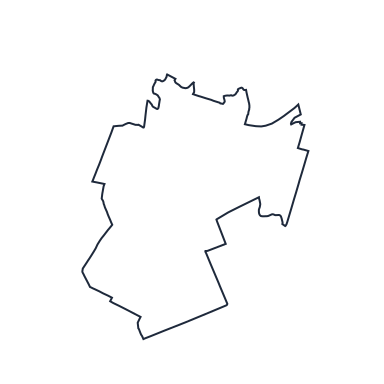 Soldanu, Calarasi, Romania, rotated 156°
{"feature_id": "2599482B93522079592050", "entity_name": "Soldanu", "entity_type": "district", "adm_level": 2, "iso_a3": "ROU", "parent_name": "Romania", "parent_adm1": "Calarasi", "projection": "albers", "projection_center": [26.526, 44.239], "detail": "fine", "context": "isolated", "style": "outline", "palette": "slate", "viewbox_px": 384, "rotation_deg": 156, "n_neighbors": 0, "source": "geoboundaries", "source_scale": "gbopen_adm2", "svg_char_len": 5599}
<svg xmlns="http://www.w3.org/2000/svg" viewBox="0 0 384 384"><g transform="rotate(156 192 192)"><path d="M74.5,224.7L77.0,224.1L83.6,222.9L91.2,222.0L94.4,222.3L97.7,222.6L102.0,223.7L106.8,226.1L113.1,230.1L116.1,232.4L112.2,237.0L112.0,237.3L111.3,238.2L110.2,239.5L109.7,239.9L109.2,240.0L108.9,240.4L108.3,241.5L107.9,242.1L107.8,242.3L106.4,243.9L106.2,244.1L105.9,244.8L105.6,245.2L105.2,245.8L104.6,247.2L104.5,247.4L104.4,247.7L104.2,248.2L104.1,248.8L103.8,249.6L103.7,250.3L103.6,251.0L103.0,254.0L102.8,255.3L101.7,260.8L101.2,262.8L101.1,263.3L102.0,263.5L102.7,263.9L103.2,264.4L103.4,265.2L103.6,266.3L104.0,266.9L104.4,267.2L105.2,267.3L106.2,267.3L107.5,267.3L108.1,267.2L108.4,267.0L108.8,265.9L109.4,265.4L110.6,264.9L111.7,264.1L112.6,263.6L113.9,263.4L114.6,263.3L115.3,263.4L116.0,263.6L116.4,263.9L116.7,264.3L116.9,264.5L117.3,264.6L118.0,264.7L118.3,264.7L119.0,265.1L120.7,265.9L121.7,266.2L123.0,266.5L124.0,266.6L124.6,265.1L124.8,263.8L124.9,262.7L125.4,261.2L127.3,260.1L127.9,259.9L128.8,260.6L129.6,261.1L130.1,261.4L130.4,262.3L131.9,263.6L135.3,266.6L137.0,268.4L141.0,271.8L144.7,275.1L145.5,275.8L145.7,276.0L146.4,276.5L149.7,279.5L150.7,280.5L151.3,281.0L151.1,281.2L150.5,281.6L150.1,281.9L149.6,282.2L149.5,282.3L149.2,282.8L148.9,283.5L148.5,284.3L147.5,287.4L146.9,289.1L146.8,289.5L146.4,290.3L146.2,290.8L146.1,291.0L145.8,291.2L146.0,291.5L147.2,291.2L148.0,290.9L151.0,289.7L152.8,289.1L154.3,289.1L155.8,289.5L157.2,290.5L158.2,291.2L159.2,292.4L159.6,293.3L160.3,295.1L161.0,296.2L161.9,297.5L162.4,298.4L162.6,299.0L162.5,300.2L162.5,301.2L161.1,302.1L166.9,309.5L167.3,309.2L167.9,308.3L168.2,307.9L168.4,307.5L168.8,307.3L169.5,306.7L170.0,306.3L170.8,305.7L171.5,305.4L172.0,305.3L172.7,305.1L173.5,305.1L173.9,305.1L174.5,305.4L174.7,305.5L175.0,305.8L175.7,307.1L177.2,308.0L177.5,308.3L178.1,308.9L178.5,309.1L179.2,309.1L179.6,308.9L179.8,308.8L180.1,308.5L180.1,308.2L180.3,307.9L180.4,307.6L180.6,307.3L180.8,307.2L181.3,306.8L181.7,306.6L182.3,306.1L182.6,305.9L183.1,305.4L183.4,305.2L184.1,304.5L184.6,304.1L185.1,303.7L186.1,301.6L186.5,301.0L186.6,300.3L186.9,299.6L186.9,299.1L187.0,298.2L186.6,297.2L185.9,296.8L185.1,295.9L184.0,294.2L183.8,292.6L183.5,291.1L183.6,290.2L183.7,289.6L184.5,288.5L185.6,286.8L186.8,285.0L187.2,284.2L188.1,283.1L188.3,282.7L188.5,282.5L188.8,282.2L189.7,281.9L189.8,281.9L190.1,282.0L190.7,282.7L191.0,283.1L191.7,284.1L192.7,285.4L192.9,285.7L193.0,286.0L193.2,286.7L193.2,287.6L193.2,288.2L193.2,288.4L193.5,289.1L193.6,289.6L194.2,292.0L194.4,292.4L194.7,292.8L194.9,293.1L195.3,293.4L195.5,293.5L195.7,293.2L196.3,292.3L197.2,290.9L199.3,287.7L203.5,280.6L203.9,279.9L205.1,277.8L205.7,276.8L209.0,271.5L209.2,271.2L209.7,270.7L209.8,270.6L210.0,270.6L210.4,270.8L210.7,271.2L211.1,271.9L213.5,275.2L213.9,275.2L214.2,275.3L215.0,275.8L215.9,276.1L216.5,276.5L217.7,277.6L219.3,279.0L220.8,280.4L222.3,281.0L225.0,281.1L227.3,281.0L228.6,280.9L230.0,281.5L232.1,282.3L233.6,282.8L236.9,283.9L241.6,279.0L244.5,276.1L245.6,275.0L248.9,271.7L252.6,268.0L260.1,260.5L261.8,258.7L264.1,256.4L265.8,254.7L269.7,251.0L271.4,249.3L272.9,247.8L275.7,245.1L276.7,244.1L277.8,243.0L278.6,242.3L278.8,242.1L277.0,240.8L275.1,239.5L274.0,238.7L270.9,236.5L268.7,234.9L269.8,233.8L270.1,233.5L270.6,232.9L271.2,232.0L272.7,229.8L273.7,228.3L274.2,227.6L274.9,226.5L276.4,224.0L277.2,222.7L277.2,222.3L277.1,221.7L277.0,221.0L276.9,219.8L276.9,219.5L277.0,219.0L277.2,218.1L277.5,217.0L277.5,215.8L277.8,213.4L277.8,211.9L277.8,208.2L278.0,206.4L278.1,203.8L278.1,200.0L278.2,197.5L278.2,194.5L279.3,193.9L281.9,192.6L282.9,192.1L284.0,191.6L289.9,188.4L293.4,186.6L296.0,185.0L299.7,182.5L302.9,179.7L306.0,177.5L307.2,176.7L309.7,175.0L312.9,172.9L314.7,171.8L316.5,170.6L322.6,166.7L322.9,166.5L324.0,164.8L324.3,164.4L324.5,164.0L324.6,163.4L324.7,163.1L324.5,160.7L324.5,159.4L323.9,149.9L323.8,146.7L323.3,146.2L321.5,144.0L320.4,142.8L318.6,140.7L317.2,139.1L314.4,135.5L310.9,131.5L308.1,128.0L311.2,125.5L309.1,122.6L305.2,118.0L303.4,115.8L300.0,111.6L293.8,103.8L289.8,98.8L291.2,97.7L294.5,94.9L294.8,94.6L296.5,89.2L296.3,88.7L296.3,88.1L296.3,87.1L296.4,86.1L296.4,85.6L296.5,84.1L296.5,83.8L296.5,83.6L296.5,83.4L296.5,83.0L296.5,82.3L296.3,81.3L296.2,80.5L296.2,80.3L296.2,78.8L296.2,78.1L296.2,77.4L294.5,77.4L288.3,77.1L274.1,76.6L251.4,75.6L240.4,75.3L229.3,75.0L207.3,74.5L206.6,74.5L205.8,74.8L205.2,75.5L204.8,95.3L204.7,97.4L204.3,118.8L204.0,129.5L204.0,131.0L204.1,132.0L203.7,132.6L202.8,132.2L201.7,131.9L194.1,131.5L182.3,130.9L181.4,148.6L181.1,154.6L180.9,156.9L180.7,157.0L167.5,158.6L166.0,158.7L155.0,159.2L133.0,160.0L133.4,158.7L133.6,157.1L134.4,153.7L134.8,152.7L135.4,151.9L136.1,150.8L137.9,148.9L138.7,147.4L138.9,146.7L139.2,146.0L139.4,145.2L139.5,144.1L139.4,143.2L139.1,142.5L138.9,142.1L138.5,141.8L138.1,141.5L137.0,140.9L133.3,139.4L132.1,139.1L129.9,139.1L128.2,139.1L127.2,138.8L126.3,138.0L125.9,137.5L125.6,137.2L125.2,136.9L122.1,135.7L121.7,135.5L121.1,134.8L120.8,134.1L120.7,133.3L120.9,131.3L121.6,127.5L121.9,126.8L122.5,126.0L120.7,123.0L120.2,123.1L119.8,123.4L118.9,124.0L117.3,125.7L108.2,136.3L101.5,144.2L97.5,148.8L91.3,156.1L89.0,158.9L83.6,165.1L78.8,170.7L73.8,176.6L69.0,182.1L72.9,185.4L74.0,186.1L77.4,189.1L73.6,193.5L68.9,199.2L62.0,207.5L62.6,207.9L63.2,208.2L64.6,208.9L63.9,210.3L65.3,210.8L64.7,212.2L67.7,213.2L68.9,213.6L70.4,213.6L73.9,213.4L73.9,214.0L72.7,215.5L68.1,218.1L61.1,218.6L60.6,221.4L59.3,228.7L61.9,227.8L64.4,227.0L72.3,225.2L73.1,225.0L73.7,224.9L74.5,224.7Z" fill="none" stroke="#1e293b" stroke-width="2"/></g></svg>